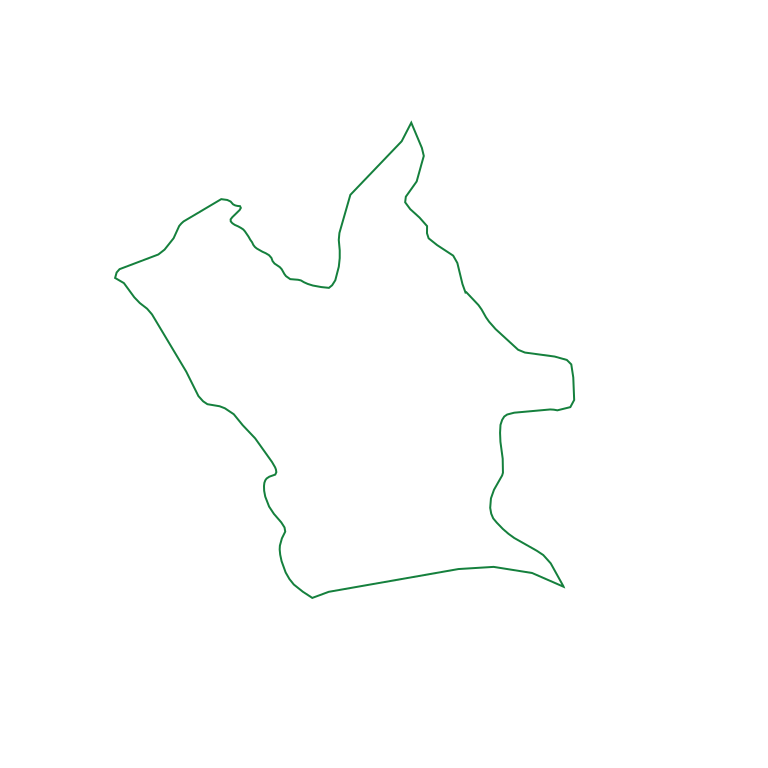 outline of Bomi, rotated 314°
{"feature_id": "LBR-783", "entity_name": "Bomi", "entity_type": "County", "adm_level": 1, "iso_a3": "LBR", "parent_name": "Liberia", "parent_adm1": "", "projection": "equal_earth", "projection_center": [-10.785, 6.699], "detail": "fine", "context": "isolated", "style": "outline", "palette": "green", "viewbox_px": 768, "rotation_deg": 314, "n_neighbors": 0, "source": "natural_earth", "source_scale": "10m", "svg_char_len": 2170}
<svg xmlns="http://www.w3.org/2000/svg" viewBox="0 0 768 768"><g transform="rotate(314 384 384)"><path d="M362.9,654.0L350.9,621.8L328.6,589.9L302.6,566.1L196.1,488.6L180.3,481.0L180.3,480.9L178.2,470.0L177.1,458.4L178.0,451.5L180.1,444.2L185.4,433.4L189.1,427.9L192.5,423.9L195.4,421.4L202.0,417.8L209.2,415.5L211.7,412.1L213.1,406.2L214.1,395.0L216.0,386.5L220.5,376.8L223.9,372.0L227.2,368.6L229.8,366.6L232.3,365.5L234.5,365.2L237.7,365.9L243.3,368.7L245.8,367.8L247.4,365.7L248.4,363.6L250.1,357.6L255.4,329.1L256.2,311.0L257.9,296.9L256.0,286.4L253.8,281.2L246.8,271.0L245.9,265.9L246.4,258.9L255.5,233.2L272.9,168.8L273.6,161.3L272.6,152.1L272.9,144.2L275.9,126.8L273.5,116.9L278.5,114.2L282.9,114.0L320.4,131.7L328.2,132.8L342.7,131.4L355.4,126.9L358.7,126.7L361.7,126.9L403.9,138.5L407.5,143.4L408.7,146.9L408.4,150.6L409.1,152.9L410.3,154.9L411.9,156.9L411.2,158.7L408.9,159.3L398.6,159.0L395.9,159.3L394.5,160.8L394.3,163.2L394.8,166.1L396.1,169.7L396.9,172.7L397.4,175.4L397.2,177.9L395.9,184.2L394.9,187.5L394.3,190.7L393.3,193.3L392.9,195.9L393.1,198.4L394.7,204.7L395.9,208.0L396.8,211.8L396.5,215.4L395.0,218.5L394.6,221.6L395.7,227.9L395.5,230.7L393.9,236.0L393.5,238.6L394.3,243.7L399.3,249.8L400.8,252.3L401.6,255.7L403.0,259.6L405.4,264.4L410.2,271.6L414.9,277.6L419.0,278.1L424.8,276.9L437.0,270.0L443.8,264.7L449.4,259.3L456.2,251.4L461.7,247.0L496.7,228.4L570.9,228.1L590.9,222.1L580.1,247.3L575.7,254.2L566.2,259.3L565.7,259.6L552.4,266.8L533.9,269.6L529.4,273.0L528.0,281.4L528.4,293.9L527.5,305.3L522.3,310.2L519.8,314.9L520.8,325.6L524.4,344.6L522.0,352.7L510.4,371.0L506.4,379.1L507.2,379.4L506.4,397.1L505.4,402.4L502.8,411.1L501.8,416.3L501.0,426.1L501.8,456.7L504.5,463.5L522.3,487.7L528.3,498.8L528.2,505.1L520.2,515.6L504.6,531.9L496.8,534.1L485.5,527.0L483.5,524.0L481.1,521.2L453.8,497.6L447.6,493.8L444.1,493.1L440.3,493.9L435.5,496.2L429.5,501.4L423.3,507.9L412.7,521.3L402.8,531.2L400.3,532.5L384.3,536.6L376.0,540.4L368.7,546.4L365.2,551.2L363.2,555.9L362.6,561.5L362.3,570.3L362.7,577.6L363.7,584.7L370.2,609.8L371.6,617.4L370.8,628.5L363.2,653.3L363.0,653.8L362.9,654.0Z" fill="none" stroke="#15803d" stroke-width="2"/></g></svg>